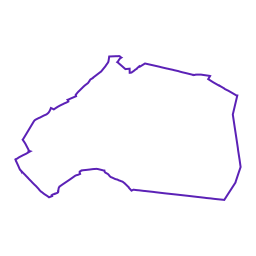 Brunssum, Limburg, Netherlands (Mercator projection)
{"feature_id": "6326949B33159250264853", "entity_name": "Brunssum", "entity_type": "district", "adm_level": 2, "iso_a3": "NLD", "parent_name": "Netherlands", "parent_adm1": "Limburg", "projection": "mercator", "projection_center": [5.961, 50.944], "detail": "fine", "context": "isolated", "style": "outline", "palette": "violet", "viewbox_px": 256, "rotation_deg": 0, "n_neighbors": 0, "source": "geoboundaries", "source_scale": "gbopen_adm2", "svg_char_len": 5298}
<svg xmlns="http://www.w3.org/2000/svg" viewBox="0 0 256 256"><path d="M240.6,167.0L239.6,159.9L238.0,149.6L237.9,148.4L236.3,137.7L234.5,125.9L232.8,114.5L237.3,95.5L236.3,95.4L235.5,94.9L232.1,92.9L228.1,90.6L227.2,90.2L225.6,89.4L224.6,88.9L223.9,88.2L223.1,87.8L221.6,86.9L221.2,86.7L218.8,85.2L218.5,85.2L218.5,85.3L213.4,82.4L208.2,79.1L210.1,76.0L209.8,75.9L207.8,75.6L203.6,75.0L201.0,74.6L199.3,74.6L196.9,74.6L195.3,74.7L195.1,74.8L194.7,75.0L193.1,74.8L193.0,75.0L192.0,74.6L185.5,73.0L182.4,72.3L179.8,71.6L178.3,71.1L174.2,70.2L172.8,69.8L172.3,69.7L171.4,69.5L170.9,69.4L170.3,69.3L170.0,69.2L169.4,69.1L169.0,69.0L167.8,68.7L167.1,68.6L166.3,68.4L165.8,68.3L161.1,67.2L159.7,66.8L154.4,65.6L145.0,63.5L139.8,66.7L139.4,66.2L138.3,67.2L137.4,67.9L136.8,68.8L135.2,69.7L134.7,70.2L133.3,71.3L133.1,71.4L132.8,71.6L132.4,71.9L132.2,72.0L131.6,72.5L131.3,72.6L130.7,72.7L129.9,72.8L129.7,72.8L129.6,68.7L125.4,69.1L121.2,65.4L119.2,63.7L117.5,62.2L117.3,62.1L118.0,61.3L118.3,61.0L118.8,60.0L120.0,58.5L120.1,58.4L121.3,57.6L121.1,57.5L119.6,56.2L119.3,56.1L119.1,56.1L117.4,56.2L116.0,56.2L109.2,56.5L109.1,57.2L108.8,59.3L108.4,61.6L108.3,61.9L108.2,62.0L108.0,62.5L107.6,63.1L107.4,63.4L107.0,63.9L106.7,64.4L106.2,65.0L106.0,65.3L105.6,66.0L105.3,66.4L101.8,70.7L101.4,71.2L101.2,71.5L100.7,71.8L94.3,76.7L93.1,77.6L93.1,77.8L92.5,78.3L92.3,78.3L92.1,78.5L91.7,78.7L91.2,79.0L90.5,79.4L89.8,80.3L89.3,81.3L89.1,81.4L88.6,82.2L88.5,82.4L88.3,82.6L88.1,82.9L87.8,83.2L87.4,83.5L86.6,84.1L85.4,85.0L84.9,85.4L84.1,86.1L83.7,86.4L83.6,86.6L82.7,87.4L82.6,87.5L82.0,88.2L81.8,88.3L81.3,88.8L80.7,89.4L80.0,90.1L79.4,90.7L78.8,91.3L78.6,91.4L78.0,92.1L77.5,92.6L76.9,93.4L76.4,94.0L76.1,94.3L75.7,94.9L76.1,96.2L75.7,96.4L75.4,96.5L74.9,96.7L74.6,96.8L74.0,97.1L70.7,98.5L68.5,99.5L68.3,99.6L68.0,99.7L67.6,99.8L68.1,100.6L68.2,100.8L68.4,101.1L68.4,101.4L68.4,101.5L66.7,102.4L65.8,102.8L65.1,103.1L64.5,103.3L64.2,103.5L63.7,103.7L63.2,104.0L62.8,104.2L61.9,104.6L61.1,105.0L60.5,105.3L60.3,105.4L59.7,105.7L58.3,106.5L57.7,106.8L57.0,107.3L56.9,107.3L56.6,107.5L53.8,109.4L52.5,108.7L50.9,108.0L50.4,109.3L50.1,110.0L49.5,111.2L48.8,112.3L48.1,113.1L47.5,113.6L46.5,114.4L43.7,115.6L39.7,117.7L38.8,118.0L35.7,119.6L35.4,119.8L34.8,120.2L34.3,120.7L33.5,121.9L30.8,126.4L26.6,133.4L24.3,137.2L23.2,139.0L22.8,139.6L22.7,139.7L23.9,141.5L24.0,141.6L25.1,143.3L25.5,144.0L27.8,148.4L28.6,149.9L28.9,150.7L28.8,150.8L30.3,151.3L29.0,152.0L27.2,153.1L26.0,153.8L24.5,154.5L22.6,155.4L22.1,155.7L19.4,157.1L18.4,157.7L17.2,158.6L15.9,159.1L15.7,159.2L15.4,159.4L15.8,160.4L15.9,160.8L16.0,160.8L16.3,161.5L16.4,161.8L16.5,162.0L16.6,162.3L17.0,163.1L18.6,166.6L19.5,168.7L19.5,168.8L19.8,169.2L20.1,169.6L20.1,169.8L20.4,170.0L20.5,170.2L20.7,170.3L21.0,170.8L21.0,170.7L21.3,171.0L21.8,171.5L22.2,171.9L22.3,172.0L22.6,172.4L22.9,172.7L23.2,173.0L23.5,173.3L23.8,173.6L24.1,173.9L24.7,174.5L24.8,174.6L25.0,174.8L25.2,175.0L25.4,175.2L25.6,175.4L25.7,175.6L26.1,176.0L26.5,176.4L26.8,176.7L26.9,176.8L27.2,177.1L27.5,177.4L27.5,177.5L27.9,177.9L28.0,177.9L28.1,178.0L28.3,178.3L29.2,179.3L29.3,179.4L29.6,179.7L30.0,180.1L30.3,180.4L30.4,180.5L30.6,180.7L30.8,180.9L30.9,181.0L31.1,181.2L31.2,181.3L31.3,181.4L31.4,181.5L31.6,181.7L31.7,181.8L31.8,182.0L32.5,182.7L33.3,183.5L33.9,184.1L34.4,184.6L34.5,184.7L34.7,184.9L35.4,185.5L36.1,186.2L38.7,189.0L38.8,189.2L39.6,190.2L41.1,191.7L41.7,192.0L42.3,192.5L42.8,192.9L43.1,193.1L43.4,193.4L44.5,194.2L45.9,195.1L47.3,196.0L47.6,196.2L48.0,196.5L48.4,196.8L48.7,197.1L49.0,197.3L52.1,196.1L51.7,195.2L52.6,194.6L53.4,194.3L54.1,194.0L54.6,193.8L54.8,193.7L54.9,193.9L57.5,192.8L58.1,192.2L58.0,191.2L58.3,191.1L58.3,190.4L58.4,189.8L58.5,189.2L58.6,188.6L58.7,188.1L58.8,187.8L59.0,187.5L59.1,187.3L59.2,187.1L59.4,186.7L59.5,186.7L60.2,186.1L61.6,185.1L62.6,184.4L69.3,179.9L72.3,177.8L75.1,175.8L76.4,175.2L77.8,174.9L80.1,173.9L79.6,172.2L79.7,171.6L80.9,170.9L81.7,170.6L81.7,170.4L83.4,170.2L86.5,169.9L89.9,169.5L92.9,169.1L94.3,169.0L96.0,168.9L96.9,168.9L97.3,169.0L97.7,169.0L102.2,170.1L103.2,170.4L103.7,170.5L104.1,170.5L104.4,170.5L104.6,171.6L104.8,172.0L105.0,172.2L105.1,172.3L105.3,172.6L105.7,172.8L107.7,173.9L108.1,174.2L108.5,174.6L108.9,175.1L109.2,175.5L109.7,176.1L110.1,176.5L110.6,176.9L110.9,177.1L111.1,177.2L111.4,177.3L111.6,177.4L112.0,177.5L112.4,177.7L113.7,178.3L115.1,179.0L115.8,179.2L116.6,179.4L117.0,179.5L117.3,179.5L118.4,180.1L118.5,180.2L118.7,180.3L119.1,180.4L119.6,180.6L119.9,180.7L120.3,180.8L120.9,181.1L122.1,181.5L122.4,181.6L122.6,181.7L122.7,181.8L123.0,182.0L123.4,182.3L124.0,182.8L124.8,183.4L124.8,183.5L125.9,184.5L126.2,184.8L126.5,185.1L127.6,186.2L128.7,187.2L128.7,187.5L129.6,188.6L130.3,189.3L130.9,190.0L131.3,190.3L131.5,190.6L132.4,190.2L133.0,189.9L133.4,189.7L134.3,189.8L136.6,190.1L137.5,190.2L139.0,190.3L143.7,190.9L145.0,191.0L147.7,191.3L153.3,191.9L155.4,192.2L164.7,193.3L166.5,193.5L174.1,194.3L178.7,194.8L187.7,195.8L197.1,196.9L200.8,197.3L202.4,197.5L204.2,197.7L206.3,198.0L208.4,198.2L210.7,198.4L213.7,198.8L216.4,199.1L220.4,199.5L221.5,199.6L224.3,199.9L224.9,198.9L225.5,198.0L226.2,196.9L227.6,194.7L235.5,182.5L235.7,181.6L236.7,178.6L237.6,175.9L238.9,172.0L239.8,169.4L240.4,167.6L240.6,167.0Z" fill="none" stroke="#5b21b6" stroke-width="2"/></svg>